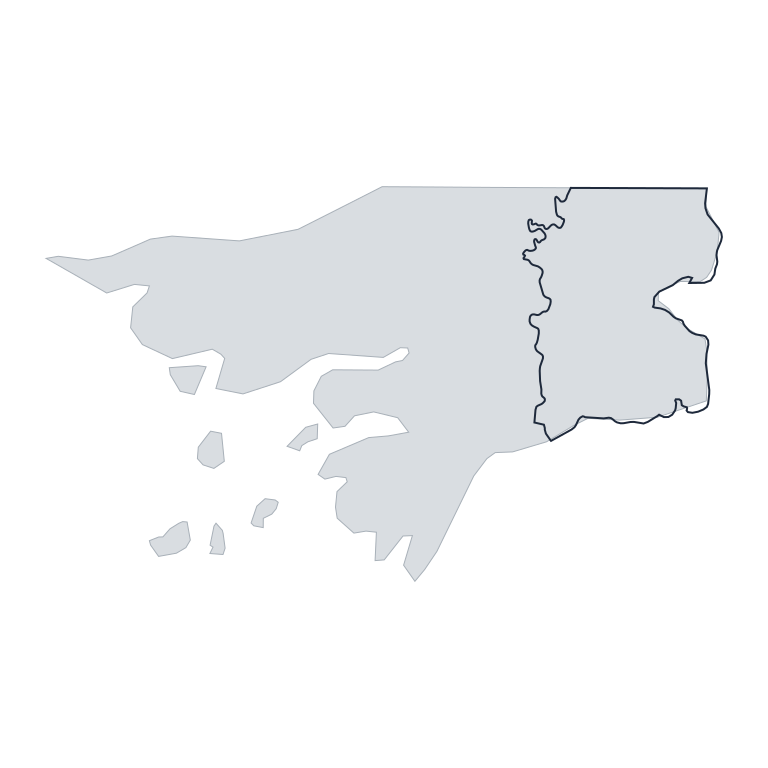 where Gabú sits in Guinea-Bissau
{"feature_id": "GNB-777", "entity_name": "Gabú", "entity_type": "Region", "adm_level": 1, "iso_a3": "GNB", "parent_name": "Guinea-Bissau", "parent_adm1": "", "projection": "albers", "projection_center": [-14.296, 12.118], "detail": "fine", "context": "in_parent", "style": "outline", "palette": "slate", "viewbox_px": 768, "rotation_deg": 0, "n_neighbors": 0, "source": "natural_earth", "source_scale": "10m", "svg_char_len": 5771}
<svg xmlns="http://www.w3.org/2000/svg" viewBox="0 0 768 768"><path d="M46.1,258.4L58.3,256.3L88.3,260.1L111.6,256.0L128.0,248.9L150.4,239.1L172.0,236.1L239.4,240.9L298.1,229.3L341.8,207.2L382.1,186.7L434.2,187.0L490.0,187.4L569.5,187.8L632.4,188.0L706.6,188.2L705.9,206.6L719.1,232.5L717.2,251.8L711.5,270.1L706.6,277.4L700.1,281.6L680.2,281.5L671.8,285.1L658.5,292.3L658.2,300.7L668.8,308.7L677.5,320.0L687.6,328.8L705.0,338.9L706.7,350.2L707.2,378.7L706.3,400.9L657.4,417.2L619.8,420.1L588.0,418.3L574.2,425.2L546.5,441.8L512.6,451.9L495.2,452.6L486.9,458.6L473.8,475.9L436.9,551.4L424.7,569.5L414.9,581.3L403.6,565.2L412.4,535.6L403.0,536.0L384.2,559.9L375.1,560.6L376.4,532.2L366.0,531.1L353.9,533.1L337.2,518.2L335.5,507.1L337.0,491.6L347.2,481.8L345.9,477.6L336.0,476.4L324.9,479.1L318.1,474.4L329.4,454.3L368.7,437.6L388.4,435.9L408.7,432.2L397.7,417.7L373.7,411.9L354.5,415.8L345.0,426.3L333.1,428.0L313.5,403.3L313.9,390.9L321.3,376.3L332.7,369.8L378.2,370.1L395.5,361.9L402.5,360.5L409.1,353.0L407.7,348.0L400.3,347.7L383.3,357.4L328.6,353.5L311.1,359.3L280.5,381.7L243.0,393.9L215.9,388.5L224.7,358.4L220.9,354.2L212.3,349.2L172.4,358.6L142.4,344.6L130.6,327.8L132.8,306.9L147.1,292.9L149.4,285.9L134.4,284.4L106.7,293.0L46.1,258.4ZM176.4,553.2L158.6,556.4L150.6,545.1L149.4,540.7L158.7,537.0L162.9,536.9L170.0,528.8L178.8,523.3L182.7,521.6L187.1,522.0L190.3,540.1L185.9,547.6L176.4,553.2ZM224.3,461.3L213.9,468.4L203.1,464.9L197.4,458.6L198.3,447.2L210.6,431.2L221.5,433.3L224.3,461.3ZM206.1,366.8L194.4,394.5L180.2,391.3L170.3,374.7L169.3,367.7L198.2,365.7L206.1,366.8ZM263.3,518.3L263.2,527.6L253.8,525.8L251.1,523.0L256.8,506.2L265.1,498.7L275.2,500.0L278.2,502.3L276.2,508.7L271.8,514.1L263.3,518.3ZM301.8,445.6L299.7,450.8L287.1,446.3L305.7,427.3L317.7,424.0L317.2,438.7L307.9,441.8L301.8,445.6ZM225.1,548.2L223.0,554.5L209.9,553.5L213.0,547.1L210.1,545.2L214.0,526.1L216.0,523.2L222.3,530.3L223.1,533.3L225.1,548.2Z" fill="#d9dde1" stroke="#a8b0b8" stroke-width="1"/><path d="M714.3,274.7L710.7,280.4L704.3,282.8L689.3,283.0L692.1,277.9L688.3,276.8L682.3,278.3L678.1,280.8L672.7,285.2L659.3,291.6L654.4,297.1L653.9,299.4L653.9,304.3L653.0,306.8L654.7,307.6L660.5,308.4L665.0,309.9L669.2,312.5L673.5,316.7L675.8,318.3L681.8,320.4L682.9,321.7L683.4,323.5L684.7,325.7L689.5,331.1L692.2,332.9L695.8,334.4L703.6,335.7L705.7,336.7L708.1,340.4L708.4,344.7L706.5,353.9L705.8,363.3L709.3,390.0L709.2,394.1L708.1,403.9L706.9,406.9L703.4,409.5L698.1,411.7L692.4,412.8L687.9,412.1L686.6,410.5L687.1,408.8L686.9,407.3L683.7,406.4L681.8,405.2L681.1,400.7L679.1,399.3L675.8,399.3L675.2,400.5L676.2,403.0L675.7,408.2L675.1,410.4L672.2,414.7L668.4,417.0L663.9,417.1L659.1,414.7L657.3,416.1L647.8,421.9L643.6,423.5L633.9,421.9L630.4,422.0L623.7,423.2L620.7,423.3L617.0,422.4L614.9,421.2L613.0,419.5L611.0,418.1L608.8,417.7L603.7,418.4L585.1,417.2L583.8,416.5L582.6,416.3L580.3,417.6L578.5,419.6L576.0,425.0L574.5,427.2L571.6,429.5L551.0,440.9L550.9,440.8L545.9,433.6L544.8,429.7L544.8,428.0L543.9,424.7L534.4,422.5L535.5,409.8L536.4,406.8L537.1,406.2L538.0,405.6L541.6,404.0L542.9,403.0L544.6,401.2L544.9,399.8L544.7,398.6L544.0,397.8L542.3,396.4L541.7,395.2L541.3,393.7L541.4,389.4L540.1,381.1L539.7,370.8L539.9,368.1L540.2,366.2L542.9,358.5L543.0,356.7L542.6,355.4L541.9,354.6L537.3,351.3L536.5,350.3L535.8,349.2L535.2,347.0L535.2,345.7L535.6,344.7L536.1,344.2L536.9,342.6L537.7,339.8L538.8,333.5L538.8,330.5L538.2,328.8L537.4,328.2L534.1,326.7L532.2,325.6L531.3,324.8L530.4,323.7L529.6,321.4L529.6,319.5L530.0,316.9L530.7,315.6L531.8,314.7L532.9,314.4L534.2,314.4L536.9,315.0L538.0,315.0L539.1,314.7L540.0,314.2L542.4,312.2L543.4,311.7L544.5,311.5L545.6,311.6L547.0,310.9L548.4,309.2L550.3,304.2L550.7,301.6L550.5,299.7L549.8,298.9L548.9,298.3L546.6,297.5L545.6,297.0L544.7,296.4L544.0,295.6L543.5,295.0L543.2,294.3L539.7,282.4L539.6,280.6L539.9,279.2L541.2,277.0L541.8,275.5L542.6,272.9L542.6,271.3L542.2,270.0L541.6,269.1L539.9,267.6L538.0,266.4L537.1,266.1L533.3,265.0L532.3,264.5L531.4,263.8L530.6,263.0L529.4,261.1L528.6,260.3L527.6,259.8L523.9,259.1L523.6,258.6L523.5,258.1L523.7,257.8L524.1,257.3L524.6,256.6L525.0,255.6L524.4,255.0L523.4,254.6L523.1,253.8L523.4,253.0L524.0,252.1L524.7,251.3L525.5,250.5L526.4,250.0L527.2,249.9L528.9,250.7L530.1,250.9L531.4,250.8L532.7,250.6L534.0,250.1L535.0,249.4L535.8,248.4L535.9,247.7L535.7,246.9L535.2,245.7L534.1,241.8L534.2,240.3L534.7,239.3L535.5,239.1L536.1,239.3L536.6,239.9L537.7,241.8L538.4,242.4L539.3,242.5L540.1,242.0L540.7,241.1L541.5,240.4L542.6,239.9L543.8,239.5L545.2,238.3L545.6,236.9L545.5,235.5L545.1,234.4L544.6,233.4L541.6,230.0L540.8,229.3L539.9,228.9L538.9,228.8L537.8,229.1L534.8,230.9L533.7,231.3L532.6,231.6L531.4,231.6L530.4,231.2L529.5,229.7L528.9,227.6L528.2,223.6L528.3,221.6L528.8,220.1L529.8,219.6L530.9,219.6L531.9,220.5L531.9,221.6L531.7,223.1L532.0,224.1L532.8,224.5L533.9,224.3L535.7,223.6L536.2,223.7L536.8,224.2L537.4,225.0L538.4,225.4L539.6,225.4L542.1,225.0L543.2,225.3L543.9,226.0L544.7,228.0L545.1,228.5L545.8,228.9L546.7,229.0L547.6,228.7L548.3,228.2L550.8,225.6L551.7,224.9L552.7,224.5L554.0,224.4L555.0,224.9L555.9,225.6L557.4,227.0L558.1,227.5L558.5,227.7L559.5,227.9L560.2,227.8L560.6,227.7L561.0,227.4L561.8,226.3L562.7,224.8L563.9,221.7L564.1,220.1L563.7,219.1L562.9,219.0L562.0,218.7L560.6,217.2L558.4,216.4L557.5,215.7L556.9,214.7L556.1,211.7L555.1,198.9L555.6,197.2L556.4,196.8L557.2,197.3L558.8,198.8L560.1,200.7L560.8,201.4L561.9,201.6L563.1,201.5L564.2,201.1L565.3,200.1L566.3,198.5L567.2,195.4L570.8,187.9L628.4,188.1L706.9,188.4L705.1,203.3L705.5,208.3L707.6,214.5L718.8,228.5L721.3,233.1L721.9,237.0L721.1,240.9L717.2,250.3L716.8,252.2L716.5,255.1L717.3,261.6L717.0,264.2L715.3,268.6L714.4,274.6L714.3,274.7Z" fill="none" stroke="#1e293b" stroke-width="2"/></svg>